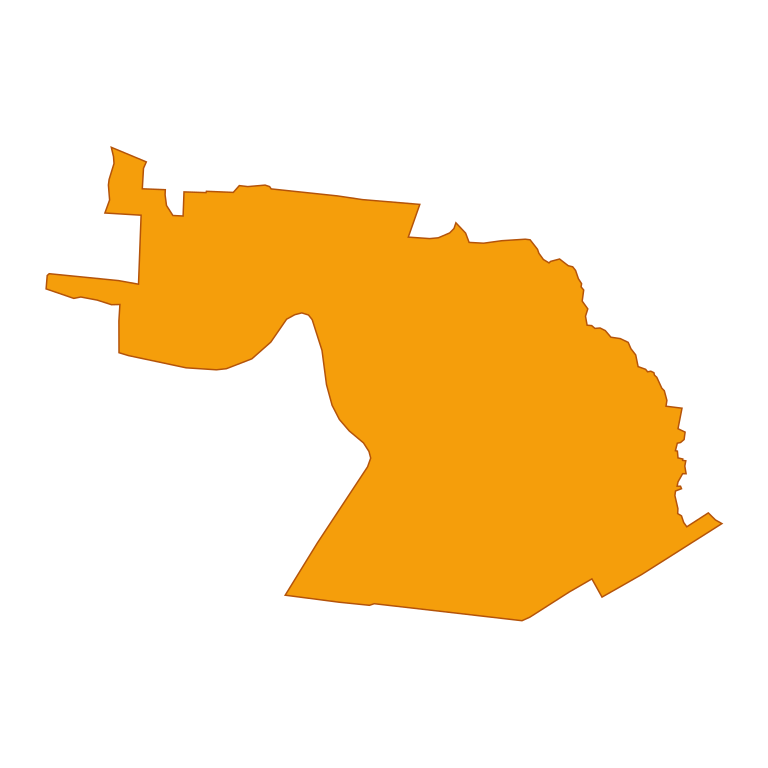 Macin, Tulcea, Romania (Mercator projection)
{"feature_id": "2599482B26463842882157", "entity_name": "Macin", "entity_type": "district", "adm_level": 2, "iso_a3": "ROU", "parent_name": "Romania", "parent_adm1": "Tulcea", "projection": "mercator", "projection_center": [28.155, 45.247], "detail": "medium", "context": "isolated", "style": "filled", "palette": "amber", "viewbox_px": 768, "rotation_deg": 0, "n_neighbors": 0, "source": "geoboundaries", "source_scale": "gbopen_adm2", "svg_char_len": 1926}
<svg xmlns="http://www.w3.org/2000/svg" viewBox="0 0 768 768"><path d="M285.2,595.2L339.0,602.2L369.5,605.3L374.2,603.7L522.0,620.7L529.8,617.2L569.4,591.9L591.9,578.9L602.0,597.1L641.5,574.6L721.9,523.6L715.4,519.9L708.3,512.9L686.8,526.8L683.7,522.5L681.5,515.9L677.7,513.6L677.9,508.6L674.9,495.6L675.5,491.0L681.5,488.7L680.5,486.2L677.1,486.2L678.0,481.9L682.6,473.7L686.1,473.7L684.8,466.1L685.8,460.8L682.6,460.4L682.8,459.0L678.0,457.9L677.4,451.1L675.4,450.7L677.3,443.2L680.6,442.5L684.1,439.5L685.1,432.1L678.0,428.7L682.0,408.2L666.0,406.2L666.9,400.4L664.3,390.7L661.8,388.2L656.8,377.3L654.5,375.2L653.9,372.7L650.8,371.2L647.6,371.8L645.6,369.3L638.1,366.6L635.7,354.9L630.9,348.7L628.2,342.4L620.3,338.6L610.9,337.2L605.3,330.6L600.1,328.0L594.9,328.4L591.7,325.6L587.1,325.2L585.5,316.2L587.8,308.9L582.2,301.1L583.7,290.0L581.1,286.9L581.6,283.7L578.4,278.7L575.6,270.5L572.7,266.8L568.2,265.7L559.6,259.0L550.6,261.4L549.0,262.9L543.4,259.5L538.9,253.3L537.5,249.3L530.1,239.8L525.3,239.2L501.8,240.7L483.6,243.2L469.1,242.4L465.6,233.1L455.9,222.8L454.0,228.5L449.7,232.9L438.3,237.8L429.7,238.6L408.3,237.1L419.8,204.4L362.4,199.6L337.4,195.9L271.2,188.9L269.6,186.6L265.1,185.1L247.8,186.6L239.3,185.6L233.3,192.4L206.4,191.3L206.1,192.6L184.0,191.9L183.1,216.0L172.9,215.5L166.5,205.5L165.1,194.9L165.3,189.7L142.3,188.8L143.5,168.3L146.3,161.9L111.3,147.3L113.5,156.6L114.0,163.5L109.1,179.5L108.4,185.0L109.6,200.0L104.9,213.0L141.1,215.2L138.5,284.2L118.6,280.6L49.2,273.7L47.2,275.5L46.1,288.9L73.8,298.4L80.8,297.0L97.2,300.1L111.5,304.7L119.9,304.5L118.9,320.9L119.0,352.7L128.5,355.6L186.0,367.8L216.4,369.8L226.4,368.7L251.9,358.8L270.8,342.1L286.6,319.2L294.8,314.7L301.8,312.9L308.5,315.0L312.2,319.7L322.0,350.4L326.5,384.7L332.1,405.3L339.4,419.5L349.3,431.0L363.5,442.9L369.0,451.5L370.7,458.1L367.6,466.8L317.4,542.9L285.2,595.2Z" fill="#f59e0b" stroke="#b45309" stroke-width="1.5"/></svg>